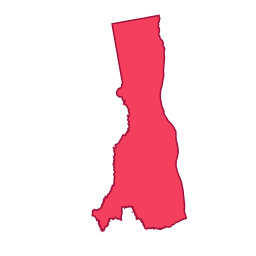 outline of Magoe, Tete, Mozambique, rotated 80°
{"feature_id": "85939544B26060528055494", "entity_name": "Magoe", "entity_type": "district", "adm_level": 2, "iso_a3": "MOZ", "parent_name": "Mozambique", "parent_adm1": "Tete", "projection": "mercator", "projection_center": [31.675, -16.019], "detail": "fine", "context": "isolated", "style": "filled", "palette": "rose", "viewbox_px": 256, "rotation_deg": 80, "n_neighbors": 0, "source": "geoboundaries", "source_scale": "gbopen_adm2", "svg_char_len": 6053}
<svg xmlns="http://www.w3.org/2000/svg" viewBox="0 0 256 256"><g transform="rotate(80 128 128)"><path d="M227.0,86.3L223.6,86.5L221.2,87.0L219.7,87.0L214.5,85.8L212.4,85.6L198.6,84.7L192.4,84.8L189.4,85.0L180.4,86.9L173.7,87.4L168.2,86.1L165.7,84.7L160.5,82.7L157.7,82.4L151.7,82.3L149.2,82.7L147.2,82.6L139.6,81.5L135.7,82.7L133.6,83.6L131.3,84.8L128.0,87.2L125.6,88.0L121.0,90.0L116.9,89.8L112.6,90.9L104.8,91.0L102.6,90.8L96.9,89.5L93.1,87.6L83.1,83.9L81.3,83.5L77.8,83.2L65.3,79.9L59.7,79.4L56.7,78.2L54.9,78.3L52.6,79.3L50.7,78.6L49.2,78.7L47.6,79.2L46.6,80.3L44.4,80.9L42.7,80.9L41.5,81.6L40.8,81.5L38.6,80.5L36.8,80.0L35.1,79.9L33.2,80.8L32.4,80.1L31.7,79.8L30.2,80.2L28.4,78.6L27.0,78.4L25.6,77.6L23.6,78.1L22.5,77.9L22.7,125.6L82.9,125.6L84.6,126.8L86.3,127.0L87.4,128.4L87.5,128.9L87.3,129.4L87.7,130.5L88.2,131.1L88.5,131.0L88.6,131.4L90.1,132.6L91.0,133.1L92.1,133.2L93.8,132.9L94.6,132.1L95.1,132.1L96.1,130.6L96.0,129.9L96.5,128.4L98.5,128.6L99.7,128.0L100.2,127.2L100.8,126.8L100.8,126.2L101.1,126.2L101.2,126.6L100.5,127.4L100.6,128.0L102.2,127.4L102.6,127.4L103.5,128.1L103.7,126.8L104.4,127.0L105.0,126.1L105.8,125.8L105.8,125.4L110.6,124.0L111.1,124.7L112.3,124.2L113.1,124.5L114.4,124.2L115.3,124.4L116.2,125.2L116.1,125.6L115.6,126.0L116.0,126.4L117.2,125.6L117.7,125.7L119.8,126.8L120.5,126.8L121.3,126.0L121.8,125.9L122.7,126.3L123.5,127.0L124.0,126.5L124.9,127.1L125.6,126.8L125.9,126.3L127.0,126.3L128.6,128.1L129.3,127.9L129.1,127.4L129.4,127.2L130.5,127.8L130.4,128.4L131.1,128.2L131.2,129.2L131.8,128.9L132.0,129.1L132.5,130.6L133.6,131.3L134.3,131.3L134.7,131.6L135.0,132.0L134.9,132.5L133.9,133.4L134.1,134.3L134.7,134.8L135.9,135.0L136.6,136.0L137.5,136.5L138.1,137.5L139.3,138.1L140.1,139.2L141.3,139.8L142.0,140.8L141.9,142.5L142.2,143.0L143.0,143.7L144.4,142.8L145.5,143.3L146.0,145.0L144.6,145.3L144.5,145.5L144.7,145.8L146.5,145.3L147.8,145.4L148.0,145.8L148.7,145.5L149.0,145.9L149.5,145.6L150.3,145.6L150.8,145.4L151.7,145.7L152.6,145.4L153.2,146.8L153.7,147.2L154.6,147.1L155.6,146.4L156.4,147.2L158.1,147.0L158.2,147.3L157.8,147.7L158.0,147.9L158.8,147.7L160.0,148.0L160.5,147.5L160.7,148.6L161.3,149.0L161.9,148.9L162.8,148.3L164.2,148.6L164.6,148.1L165.0,148.7L165.9,148.7L167.4,149.2L169.2,148.3L169.6,148.5L170.2,149.5L171.4,150.2L173.9,149.5L175.3,150.4L176.4,150.2L176.9,150.4L176.7,150.4L176.9,150.7L177.4,150.7L177.7,151.0L178.5,150.7L178.9,151.1L179.5,150.7L180.0,150.8L180.5,151.1L180.6,151.8L181.2,151.8L181.5,152.4L181.7,151.9L182.3,151.9L182.5,152.9L182.2,153.5L183.0,153.7L183.9,154.5L184.4,154.4L185.0,155.1L185.3,154.7L186.0,154.6L186.4,154.9L186.5,155.7L187.5,156.1L187.7,157.0L188.6,157.3L189.0,157.9L189.3,157.8L189.7,158.1L189.9,159.3L190.8,159.8L191.7,159.9L191.5,160.3L191.6,160.6L192.1,160.9L192.2,161.2L192.7,161.1L192.9,161.3L192.5,162.1L191.9,162.3L192.2,162.4L192.5,162.3L193.2,162.8L193.1,163.2L193.6,163.6L193.8,164.2L194.7,163.8L194.8,164.0L194.7,164.3L195.2,164.4L195.8,164.1L196.0,164.4L196.0,165.2L196.7,165.0L197.6,165.7L198.1,165.8L198.1,166.1L198.8,166.1L198.8,166.6L199.5,166.8L199.4,167.3L199.6,167.4L200.6,167.1L200.9,167.8L202.0,168.6L202.0,169.0L202.5,169.2L202.7,169.7L203.0,171.7L203.5,172.1L203.7,172.7L203.2,173.2L203.4,174.0L202.3,175.4L202.9,176.1L203.2,177.0L203.6,177.2L208.2,178.4L209.1,175.9L211.8,174.9L212.9,174.8L213.0,174.4L213.2,174.5L213.2,174.2L213.5,174.2L213.3,174.0L213.4,173.7L213.8,173.7L213.8,173.1L214.1,173.2L214.2,172.9L214.6,172.9L214.6,172.5L215.0,172.9L215.2,172.6L215.4,172.6L215.7,173.2L216.3,173.0L216.7,173.5L217.0,173.3L217.2,173.5L217.5,173.2L217.8,173.4L218.4,173.0L219.1,173.1L219.1,172.5L219.8,172.6L220.3,173.1L221.2,172.0L222.4,172.0L222.4,171.6L222.6,171.4L222.9,171.7L222.8,171.2L223.3,171.0L223.4,171.7L223.8,171.1L224.5,171.4L225.1,171.3L224.8,170.8L224.9,170.0L224.6,169.4L224.2,169.6L224.0,169.3L223.7,169.3L223.1,168.3L222.3,168.2L221.6,167.6L221.1,167.4L221.4,166.9L220.8,166.2L221.0,165.7L220.8,164.9L220.4,164.9L219.9,164.5L219.8,164.8L219.1,164.7L219.0,164.4L218.2,163.9L217.4,164.2L216.4,162.2L214.4,162.6L214.2,162.4L214.2,161.9L214.7,161.5L214.3,161.1L214.2,159.6L214.5,158.9L215.1,158.9L215.5,158.5L214.8,157.2L214.4,157.0L214.0,156.3L214.0,155.5L214.5,155.4L215.4,154.6L215.4,154.1L215.9,153.7L216.0,152.4L216.4,151.8L216.9,151.5L217.5,150.5L216.0,150.3L215.0,150.7L214.6,150.7L213.8,149.8L213.2,149.9L212.6,149.7L211.3,148.7L210.8,148.9L210.4,148.7L209.3,148.9L209.3,148.5L208.9,148.3L208.0,148.2L207.1,148.5L206.7,148.2L206.5,148.4L205.8,148.3L205.4,147.9L205.0,148.0L204.6,146.4L204.9,146.0L205.4,145.6L205.3,145.4L206.0,145.2L205.3,144.7L205.6,144.5L205.5,144.2L205.8,144.1L206.0,143.5L205.9,143.2L205.4,142.9L205.7,142.2L205.5,141.8L205.8,141.5L205.4,141.1L205.6,140.9L205.9,140.2L205.6,139.7L206.0,139.4L205.8,139.1L205.8,138.3L206.3,137.9L206.7,138.0L207.0,137.8L206.6,137.1L206.7,136.9L207.0,136.8L207.3,137.2L207.1,136.8L207.3,136.7L207.7,137.2L208.4,137.5L209.3,137.0L209.5,136.3L209.7,136.1L209.9,136.3L210.3,136.3L210.3,136.6L210.7,136.5L210.8,136.8L211.3,136.8L211.5,137.1L211.5,136.6L211.9,136.1L212.8,135.7L213.4,136.1L213.6,135.5L214.0,136.0L214.3,135.7L214.9,136.1L216.2,134.8L216.6,135.3L217.1,135.0L217.9,135.6L218.8,135.5L219.2,135.3L218.8,134.9L219.4,134.5L219.1,134.0L218.3,133.6L219.1,133.1L220.2,131.8L220.2,131.1L221.0,131.3L221.2,130.8L221.8,131.2L222.4,131.2L222.6,130.9L222.3,130.3L223.8,130.3L223.9,130.0L223.5,129.6L223.9,129.3L224.6,129.8L225.6,129.8L226.1,129.1L226.7,129.6L227.1,129.2L230.0,128.5L230.2,128.1L230.2,127.5L230.5,127.2L230.3,126.8L230.7,126.5L230.4,125.4L229.8,124.9L230.6,124.0L230.9,123.2L230.7,122.8L230.9,122.7L230.3,121.9L230.8,121.3L230.3,120.4L231.9,120.0L231.8,119.5L231.2,118.7L232.2,117.0L232.2,116.4L232.5,115.9L232.2,114.4L232.4,114.2L233.2,114.5L233.4,114.2L233.5,113.7L233.3,112.7L232.9,112.9L232.6,112.7L232.8,110.3L232.3,109.5L232.4,109.0L231.8,108.9L231.6,108.7L232.3,106.5L232.7,103.9L232.4,103.0L230.8,101.2L231.1,100.4L230.8,99.6L230.4,98.9L229.4,98.0L229.4,96.1L227.7,90.6L227.0,86.3Z" fill="#f43f5e" stroke="#9f1239" stroke-width="1.5"/></g></svg>